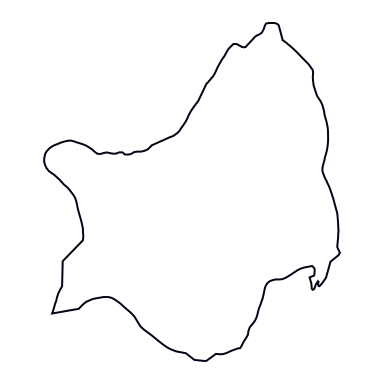 Al Maghrabah, Hajjah, Yemen
{"feature_id": "15242507B35266123167790", "entity_name": "Al Maghrabah", "entity_type": "district", "adm_level": 2, "iso_a3": "YEM", "parent_name": "Yemen", "parent_adm1": "Hajjah", "projection": "robinson", "projection_center": [43.629, 15.902], "detail": "fine", "context": "isolated", "style": "outline", "palette": "ink", "viewbox_px": 384, "rotation_deg": 0, "n_neighbors": 0, "source": "geoboundaries", "source_scale": "gbopen_adm2", "svg_char_len": 3994}
<svg xmlns="http://www.w3.org/2000/svg" viewBox="0 0 384 384"><path d="M44.9,155.4L44.3,157.8L44.1,161.4L44.1,161.6L45.1,165.0L46.5,168.1L48.9,171.1L51.4,172.9L54.3,174.9L56.7,177.1L59.2,179.3L61.8,182.2L64.2,184.8L66.7,186.8L69.0,189.2L71.2,192.1L73.3,194.8L75.1,197.9L76.3,201.3L77.1,205.1L77.9,209.1L78.8,212.5L80.0,216.5L81.2,220.7L82.2,225.1L82.9,228.4L83.0,232.1L83.3,236.2L82.9,240.3L62.7,261.2L62.1,286.4L60.1,289.7L58.2,293.6L57.1,297.0L56.2,300.8L55.0,304.1L54.0,307.8L52.9,311.4L52.1,313.5L78.8,308.8L81.0,306.4L83.7,303.8L86.5,301.7L90.1,300.1L93.2,298.9L96.6,298.2L99.9,297.7L102.9,297.1L106.0,296.9L108.9,297.2L109.5,297.2L112.4,298.2L115.5,300.0L118.3,302.0L120.9,303.9L123.7,306.6L126.7,309.2L129.2,311.3L132.1,314.0L134.5,316.7L136.6,320.1L138.3,323.1L140.4,326.3L143.3,329.1L146.0,331.2L148.6,333.1L151.5,335.2L154.0,337.3L156.6,339.4L159.1,341.4L161.6,343.4L164.3,345.4L167.2,347.4L170.0,348.9L172.9,350.1L176.2,351.4L177.9,351.7L185.8,353.2L194.4,359.9L204.6,361.0L206.5,360.8L215.9,353.9L219.7,354.2L221.8,354.2L222.9,354.1L226.1,353.2L229.1,351.8L232.1,350.5L235.2,349.4L238.1,348.4L240.3,348.1L240.6,347.6L242.4,344.2L244.0,341.1L245.9,338.3L247.8,335.0L248.6,330.4L249.8,327.2L250.4,326.5L254.2,321.9L256.0,318.7L257.2,315.4L258.0,312.0L258.9,308.6L260.2,305.4L261.4,301.9L262.7,298.2L263.5,294.8L264.3,290.9L265.1,287.2L265.8,285.8L266.8,283.8L269.4,281.4L272.4,280.2L276.0,279.4L279.1,279.5L282.3,279.1L285.3,278.0L288.2,276.3L291.1,274.5L293.9,272.6L295.9,271.3L296.7,270.7L299.6,269.1L302.6,268.0L305.6,267.2L309.0,266.6L312.2,266.0L314.6,268.6L314.6,272.1L314.2,275.5L309.6,277.4L311.3,283.4L311.8,288.7L312.7,289.8L314.2,289.1L316.1,283.9L316.6,283.3L318.0,281.2L318.6,281.9L318.0,284.1L318.2,285.0L318.8,286.2L319.6,286.1L321.9,283.5L323.9,280.8L326.0,277.7L330.5,261.7L338.5,255.2L339.9,252.8L339.8,252.7L337.2,246.9L337.8,240.9L338.0,238.9L338.2,234.5L338.5,231.2L338.0,222.0L337.9,220.4L337.3,213.5L334.1,201.8L333.6,199.9L333.1,198.1L332.4,196.1L331.6,193.4L330.8,191.3L330.1,189.1L329.3,187.1L328.4,185.0L327.5,183.3L326.7,181.3L325.5,179.0L324.5,176.9L323.8,175.1L322.9,172.6L322.4,170.5L322.4,168.6L322.8,166.1L323.4,163.8L324.0,161.6L324.6,159.5L324.9,157.4L325.6,155.2L326.2,153.0L326.7,151.2L327.1,149.0L327.5,146.7L327.8,144.4L328.0,142.1L328.1,140.1L328.1,138.1L328.1,135.7L328.0,133.5L328.0,131.0L327.8,129.0L327.8,128.6L327.5,126.5L327.0,124.2L326.5,121.7L325.9,119.6L325.3,117.3L324.6,115.0L324.3,113.0L323.9,110.5L323.2,108.1L322.6,105.6L321.7,103.5L320.8,101.6L319.5,99.6L318.4,97.9L317.1,96.0L316.5,94.2L315.7,91.8L314.9,89.5L314.3,87.4L313.6,85.5L313.4,83.3L313.1,81.0L312.9,78.9L312.8,76.8L313.1,73.1L313.0,71.3L312.4,69.4L311.1,68.0L310.3,66.4L309.1,64.9L308.7,64.4L307.6,63.2L306.0,61.6L304.4,60.0L303.0,58.5L301.7,57.3L300.4,55.9L299.0,54.4L297.4,52.7L295.9,51.3L294.6,50.0L293.1,48.6L291.7,47.4L290.3,46.1L288.7,44.8L288.4,44.6L287.3,43.6L285.7,42.3L284.2,41.2L282.7,40.2L279.4,27.7L278.7,25.3L277.3,23.9L274.5,23.0L271.2,23.0L268.6,23.0L266.0,23.6L264.9,25.6L263.4,29.9L261.9,32.5L259.5,34.4L257.8,35.0L255.2,36.6L245.6,47.0L243.8,47.3L241.8,46.9L239.4,45.5L236.9,44.1L233.5,44.0L230.9,46.4L228.0,49.5L227.0,51.5L225.8,53.5L224.4,56.2L222.4,58.8L220.7,61.7L219.0,64.7L217.6,67.3L216.3,70.2L214.9,73.2L213.4,75.9L207.9,82.4L206.4,83.9L198.2,101.1L195.7,104.3L193.8,106.9L192.1,109.3L190.5,111.8L188.8,115.0L187.4,118.3L185.6,121.7L183.3,125.2L181.0,128.4L179.5,130.8L177.4,133.0L175.2,134.6L172.8,136.2L170.1,137.1L151.4,145.5L150.6,146.6L147.8,149.3L144.3,150.9L141.0,151.6L137.2,151.6L134.1,152.1L131.3,153.9L128.1,154.6L124.9,154.5L122.5,152.4L119.4,152.3L116.0,153.6L112.9,153.7L109.9,153.1L106.6,152.4L103.5,153.1L100.3,154.0L97.2,153.7L94.4,151.6L92.0,149.3L89.2,147.5L87.5,146.4L86.3,145.7L83.0,144.3L79.9,143.3L79.6,143.2L76.5,142.3L73.4,141.2L70.4,140.5L67.2,140.9L63.9,141.7L60.9,142.6L57.6,144.0L54.5,145.2L51.9,146.5L51.6,146.7L49.0,148.8L46.7,151.2L45.1,154.1L44.9,155.4Z" fill="none" stroke="#020617" stroke-width="2"/></svg>